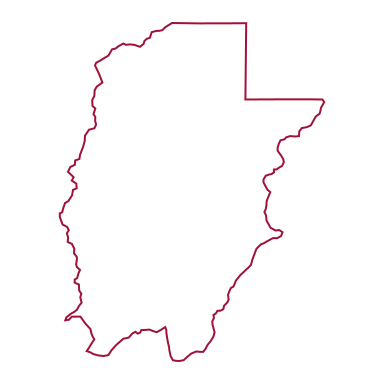 Novo Horizonte do Oeste, Rondônia, Brazil (Albers equal-area conic projection)
{"feature_id": "56859067B86111440649548", "entity_name": "Novo Horizonte do Oeste", "entity_type": "district", "adm_level": 2, "iso_a3": "BRA", "parent_name": "Brazil", "parent_adm1": "Rondônia", "projection": "albers", "projection_center": [-62.087, -11.689], "detail": "fine", "context": "isolated", "style": "outline", "palette": "rose", "viewbox_px": 384, "rotation_deg": 0, "n_neighbors": 0, "source": "geoboundaries", "source_scale": "gbopen_adm2", "svg_char_len": 2756}
<svg xmlns="http://www.w3.org/2000/svg" viewBox="0 0 384 384"><path d="M203.1,351.9L205.5,349.0L207.3,345.3L210.8,340.9L213.5,336.4L214.6,332.2L212.5,324.6L212.3,321.4L213.9,318.0L213.5,314.9L215.9,313.4L217.5,310.8L220.4,310.7L223.3,309.2L224.1,305.7L227.3,302.4L228.7,299.5L228.0,295.0L229.1,291.8L230.9,288.0L233.4,286.6L234.5,284.2L235.8,280.7L238.9,276.9L240.5,274.9L243.4,272.3L245.9,269.8L248.2,267.8L251.0,264.8L252.4,259.5L256.5,248.7L261.1,244.2L263.6,243.4L267.8,240.9L273.0,238.1L277.2,238.2L281.1,236.0L282.5,232.2L279.3,230.1L275.5,230.5L270.4,227.7L268.9,224.6L266.6,220.8L266.0,215.3L264.4,212.0L265.7,209.2L266.4,205.7L266.7,200.9L270.3,192.1L267.6,189.9L265.3,185.8L263.5,182.3L263.5,179.5L265.7,175.8L269.0,174.6L271.6,174.0L274.0,172.4L273.9,169.5L276.8,169.4L278.9,167.7L282.1,165.9L283.8,162.2L283.3,159.2L281.1,155.5L277.6,150.7L277.7,147.2L279.1,143.2L280.5,140.3L284.5,139.3L286.2,137.3L290.2,136.1L295.4,136.5L299.0,136.1L299.3,131.3L301.8,128.1L306.9,127.1L310.8,125.4L313.6,120.4L315.8,116.5L319.6,113.7L320.5,110.6L320.9,108.0L322.7,104.7L324.2,102.1L322.4,99.5L307.9,99.3L296.8,99.3L263.5,99.4L245.4,99.5L246.2,23.2L232.1,23.3L215.8,23.3L199.8,23.4L172.0,23.0L165.4,27.1L162.3,30.2L158.7,30.9L156.2,30.9L151.7,32.2L149.9,37.8L146.8,38.8L144.4,41.0L143.6,43.9L140.0,46.8L134.4,44.9L130.4,44.4L125.9,44.8L123.4,43.5L119.0,45.9L115.4,48.6L112.1,49.3L108.4,55.6L104.5,57.9L99.9,60.8L96.2,62.7L95.0,65.4L99.1,74.0L100.7,78.2L102.4,82.5L96.8,86.6L94.7,90.1L94.3,96.0L92.2,100.1L92.5,106.0L95.3,108.4L93.5,114.2L95.3,116.9L95.1,120.7L96.1,124.6L94.4,128.3L89.0,129.7L85.0,135.7L84.7,141.1L83.1,146.7L80.0,154.9L79.4,159.0L75.2,160.4L74.8,164.8L70.3,167.0L68.0,171.8L73.6,177.2L71.8,180.6L76.3,183.6L76.7,188.3L73.0,189.9L72.1,195.3L68.3,201.2L65.1,203.0L63.3,208.0L62.2,212.3L59.8,213.4L59.8,217.1L62.6,224.5L67.2,227.0L68.8,230.2L66.9,233.2L68.1,237.4L67.7,242.0L71.9,243.9L74.3,248.7L74.0,253.3L76.8,256.9L76.9,259.4L76.1,264.3L76.9,267.1L80.0,269.9L78.4,273.5L77.2,278.1L74.7,279.5L74.7,282.7L78.9,284.5L79.2,290.7L81.3,293.6L80.3,297.4L81.6,302.7L78.7,306.3L77.1,309.6L74.4,311.8L71.3,313.5L66.4,317.3L65.3,320.3L69.0,319.7L71.8,316.7L76.5,316.6L80.5,316.7L85.3,323.5L90.5,329.1L91.4,333.4L92.7,336.7L94.3,339.3L91.2,344.1L89.2,347.4L86.7,351.1L90.7,352.5L93.0,353.9L97.5,355.3L103.5,356.0L108.4,355.1L111.4,350.4L115.8,345.4L123.2,338.8L128.9,337.5L132.1,333.7L135.4,331.8L137.7,333.6L140.2,332.6L141.3,330.1L145.6,329.9L149.5,329.6L153.1,331.1L156.7,332.2L160.9,329.9L165.2,327.1L166.3,329.8L166.4,333.0L167.1,337.8L168.1,343.1L169.0,347.0L169.4,350.4L170.6,356.0L172.9,360.2L175.8,360.8L179.3,361.0L183.6,360.2L187.1,357.0L191.0,353.7L196.1,351.5L199.5,351.8L203.1,351.9Z" fill="none" stroke="#9f1239" stroke-width="2"/></svg>